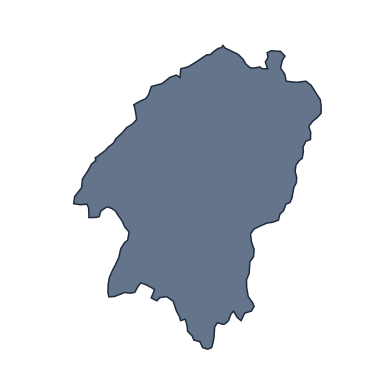 Pachna, Limassol, Cyprus, rotated 9°
{"feature_id": "46923920B95512444648748", "entity_name": "Pachna", "entity_type": "district", "adm_level": 2, "iso_a3": "CYP", "parent_name": "Cyprus", "parent_adm1": "Limassol", "projection": "equal_earth", "projection_center": [32.786, 34.766], "detail": "fine", "context": "isolated", "style": "filled", "palette": "slate", "viewbox_px": 384, "rotation_deg": 9, "n_neighbors": 0, "source": "geoboundaries", "source_scale": "gbopen_adm2", "svg_char_len": 2204}
<svg xmlns="http://www.w3.org/2000/svg" viewBox="0 0 384 384"><g transform="rotate(9 192 192)"><path d="M91.1,173.1L92.0,175.8L88.3,180.4L86.0,187.0L81.8,196.2L82.2,205.1L76.8,214.9L77.0,222.1L83.9,222.0L90.1,220.5L92.3,223.7L93.4,228.8L94.2,233.4L101.2,232.1L104.1,231.0L105.0,224.9L110.5,219.9L115.6,220.9L119.4,222.8L122.1,226.0L127.6,231.7L131.0,237.0L136.1,241.4L136.0,249.7L133.4,252.5L130.5,259.0L130.0,267.8L127.8,275.7L125.7,281.9L123.7,289.6L123.7,296.6L124.7,304.7L126.4,308.6L131.9,307.3L141.2,301.8L147.4,301.5L151.2,300.0L153.5,293.6L155.7,289.8L161.2,290.8L167.9,293.2L170.3,294.3L168.3,303.0L174.3,305.0L176.7,301.4L183.3,299.3L190.5,302.8L195.2,311.9L199.4,317.5L200.8,320.8L205.2,318.7L207.9,324.5L209.5,330.4L214.7,334.1L216.9,337.9L223.3,338.7L226.8,344.0L232.0,344.8L235.8,342.6L236.4,335.8L236.4,331.5L235.5,321.9L237.5,317.1L243.4,317.9L245.3,317.1L248.2,313.3L249.6,306.4L251.7,303.2L256.4,308.9L260.3,311.2L260.6,311.4L263.0,303.4L269.2,300.4L271.3,295.4L269.2,291.9L263.9,286.5L261.2,278.5L260.7,276.7L259.6,270.1L261.2,263.2L260.1,252.1L262.9,246.3L262.4,239.2L258.3,231.4L256.4,224.2L259.1,218.8L265.3,214.5L271.0,210.9L276.1,209.4L281.8,206.3L282.3,200.1L285.3,196.3L286.7,189.4L290.4,187.0L291.7,182.2L291.8,176.8L291.9,171.6L293.6,166.4L293.1,161.2L290.6,155.4L290.5,149.2L292.7,144.6L295.6,141.5L295.7,134.5L294.6,130.4L296.5,124.1L300.8,121.6L299.9,114.5L297.1,109.1L300.0,103.4L304.2,98.7L307.2,94.0L306.9,92.0L306.1,86.9L304.2,80.6L300.1,76.2L297.1,72.6L292.9,67.9L287.1,64.7L278.7,67.2L272.3,67.7L267.6,67.7L265.4,61.4L260.1,55.8L260.6,47.9L262.6,43.2L259.3,40.7L257.4,39.2L253.4,39.7L248.3,40.0L244.4,42.7L246.0,47.1L244.1,52.1L247.3,58.5L241.4,59.2L239.7,57.8L234.2,59.7L230.3,60.3L225.3,57.3L221.7,52.9L216.5,49.2L214.1,48.2L207.1,46.1L202.2,44.7L199.6,42.4L198.6,44.7L195.1,46.3L191.5,49.9L188.5,53.5L185.0,54.2L176.1,62.6L168.7,68.9L161.6,72.1L162.2,80.8L158.2,78.9L152.1,82.3L145.6,89.5L135.3,94.2L133.9,102.7L131.7,107.0L125.8,110.9L120.8,115.0L122.3,117.8L124.7,124.7L125.9,129.2L122.6,134.1L117.4,138.6L114.0,144.2L108.3,151.5L106.9,155.9L102.6,160.4L99.7,164.8L95.5,169.0L91.9,172.9L91.1,173.1Z" fill="#64748b" stroke="#1e293b" stroke-width="1.5"/></g></svg>